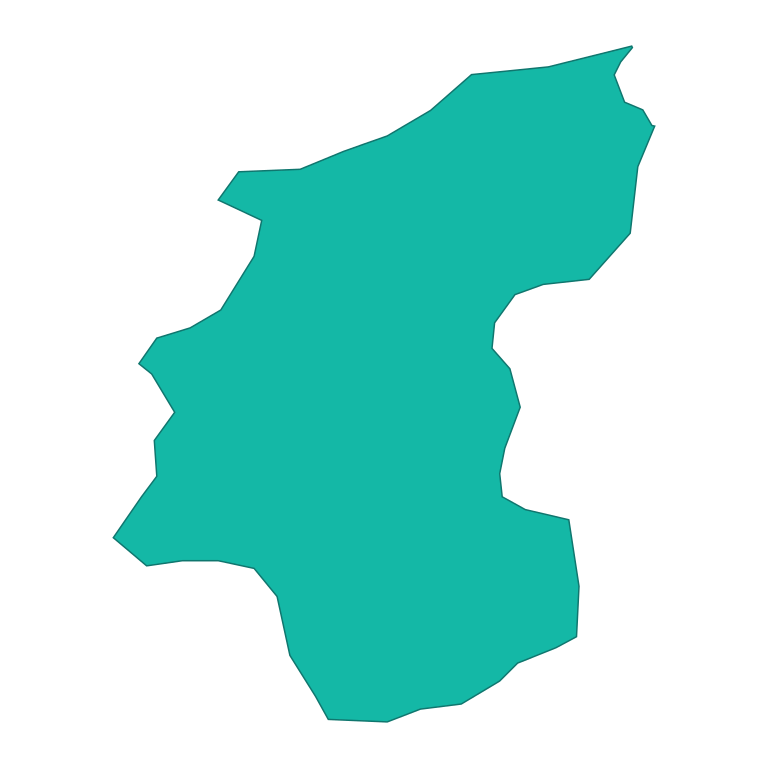 outline of Töreboda, Västra Götaland, Sweden
{"feature_id": "70781695B31041938637991", "entity_name": "Töreboda", "entity_type": "district", "adm_level": 2, "iso_a3": "SWE", "parent_name": "Sweden", "parent_adm1": "Västra Götaland", "projection": "mercator", "projection_center": [14.213, 58.696], "detail": "fine", "context": "isolated", "style": "filled", "palette": "teal", "viewbox_px": 768, "rotation_deg": 0, "n_neighbors": 0, "source": "geoboundaries", "source_scale": "gbopen_adm2", "svg_char_len": 870}
<svg xmlns="http://www.w3.org/2000/svg" viewBox="0 0 768 768"><path d="M654.7,126.1L651.9,125.5L642.8,109.9L624.6,102.2L614.2,74.9L620.7,61.9L632.4,47.6L631.7,46.1L548.3,66.9L471.5,74.6L430.6,110.4L387.1,136.0L365.2,143.7L343.6,151.4L300.1,169.3L238.7,171.8L218.2,200.0L261.7,220.4L254.1,256.3L220.8,310.0L190.1,327.9L156.8,338.1L138.9,363.7L151.7,374.0L174.7,412.3L154.3,440.5L156.8,476.3L141.5,496.8L113.3,537.7L146.6,565.8L148.4,565.6L182.4,560.7L218.2,560.7L254.1,568.4L277.1,596.5L289.9,655.4L315.5,696.3L328.3,719.4L387.1,721.9L387.8,721.7L420.4,709.1L461.3,704.0L499.7,681.0L517.6,663.1L556.0,647.7L576.5,636.7L579.0,586.3L568.8,519.8L525.3,509.6L502.2,496.8L499.7,473.7L504.8,448.2L520.2,407.2L509.9,368.8L492.0,348.4L494.6,322.8L515.0,294.6L543.2,284.4L589.2,279.3L630.2,233.2L637.8,166.7L654.7,126.1Z" fill="#14b8a6" stroke="#0f766e" stroke-width="1.5"/></svg>